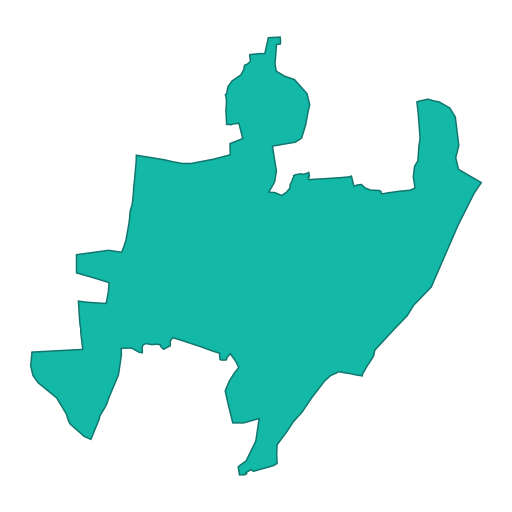 Gwadabawa, Sokoto, Nigeria (Robinson projection)
{"feature_id": "59680162B7305913438202", "entity_name": "Gwadabawa", "entity_type": "district", "adm_level": 2, "iso_a3": "NGA", "parent_name": "Nigeria", "parent_adm1": "Sokoto", "projection": "robinson", "projection_center": [5.311, 13.424], "detail": "fine", "context": "isolated", "style": "filled", "palette": "teal", "viewbox_px": 512, "rotation_deg": 0, "n_neighbors": 0, "source": "geoboundaries", "source_scale": "gbopen_adm2", "svg_char_len": 3258}
<svg xmlns="http://www.w3.org/2000/svg" viewBox="0 0 512 512"><path d="M277.1,463.5L276.7,453.4L277.1,444.7L286.9,431.6L293.3,421.8L302.3,411.8L311.7,397.8L315.6,392.7L324.7,380.9L328.3,377.7L329.9,376.1L330.9,375.4L336.7,372.9L338.2,371.7L350.5,373.7L355.4,374.8L362.3,375.9L362.6,373.9L367.8,364.9L369.4,362.7L373.5,356.2L374.8,350.2L393.9,329.5L407.2,315.7L413.7,305.2L431.0,287.3L431.2,287.1L458.2,224.9L474.2,193.1L481.3,182.6L458.6,169.4L455.7,157.8L458.8,145.6L455.3,117.0L449.9,108.1L439.2,101.9L433.5,100.8L428.1,99.2L419.1,101.1L416.9,102.0L418.2,113.1L420.1,138.5L418.8,146.7L418.5,152.3L417.8,161.0L414.6,166.2L413.3,176.8L415.0,188.0L410.1,190.2L398.9,191.3L388.3,192.8L382.0,193.9L381.5,193.6L381.3,192.5L380.9,191.3L379.1,190.5L370.5,190.1L364.9,187.8L361.5,184.5L357.5,184.9L354.0,186.3L351.4,176.1L349.6,176.8L346.9,177.1L344.2,177.3L340.1,177.7L323.1,178.8L308.5,179.6L308.5,178.2L308.6,177.3L309.1,177.1L309.0,176.8L309.0,176.3L308.7,176.2L309.0,175.8L309.3,175.8L309.3,175.7L309.4,175.3L308.7,172.4L308.1,172.6L307.4,173.1L307.1,173.3L306.1,173.6L305.4,173.7L303.7,174.3L302.9,174.3L301.5,173.9L300.8,173.8L299.3,174.1L296.1,174.6L293.9,175.4L294.1,175.7L293.8,175.9L293.6,177.3L292.6,178.8L292.3,180.5L291.5,181.8L291.4,182.5L290.9,183.5L290.2,184.2L290.1,184.5L290.1,186.6L289.7,188.1L289.2,189.0L287.7,190.6L286.9,191.9L281.8,195.5L274.6,192.5L271.1,192.4L268.9,192.0L274.6,181.9L276.4,171.1L272.4,146.1L295.3,142.2L301.6,138.1L305.6,125.0L308.2,111.1L309.7,104.7L307.0,93.7L294.5,79.6L284.6,76.2L276.3,71.2L275.0,64.1L276.5,44.5L280.3,44.0L280.5,42.4L280.5,40.0L280.2,37.1L268.3,37.7L267.5,41.6L264.8,53.6L259.5,53.6L249.8,54.6L249.8,57.2L250.5,60.4L249.7,62.2L246.7,64.5L244.6,65.2L244.0,67.9L244.1,68.8L240.9,74.9L232.0,81.0L228.0,86.6L226.6,93.5L225.4,94.8L226.0,96.9L226.4,100.1L226.3,105.6L225.9,109.3L226.6,124.5L228.0,124.3L231.0,124.8L232.8,124.0L234.8,123.6L236.3,123.8L238.8,123.1L242.8,138.5L230.0,143.6L230.2,154.8L213.5,159.2L191.0,163.5L182.3,163.5L172.1,161.6L164.5,159.8L136.3,155.2L136.2,161.5L134.3,182.2L133.7,187.2L133.5,192.2L132.3,204.0L130.2,211.0L129.5,219.2L129.3,221.0L128.7,224.9L125.9,240.4L123.7,247.1L121.6,252.3L108.6,250.3L76.5,254.7L76.5,272.9L98.5,279.3L102.0,280.4L109.1,282.6L108.3,292.3L106.1,303.5L86.5,302.2L78.4,301.1L79.5,318.3L80.0,324.7L80.8,329.1L80.7,332.0L82.8,349.4L32.0,352.1L30.7,365.9L33.0,375.6L38.3,382.9L56.7,397.9L65.5,412.6L66.3,413.9L68.6,421.2L70.2,424.1L84.3,436.5L90.9,439.4L94.5,430.5L96.6,425.5L99.1,419.5L99.9,415.8L105.0,407.4L105.5,406.4L105.8,405.8L106.6,404.1L107.3,402.3L109.1,397.2L118.5,374.7L121.4,354.9L121.2,348.4L128.9,348.0L132.3,348.4L138.8,352.1L142.3,352.8L142.4,350.6L142.0,348.1L143.1,344.7L146.1,343.6L152.0,344.6L156.7,344.2L160.0,344.7L161.7,347.7L163.7,349.2L170.3,345.8L170.2,341.0L172.8,337.7L175.6,338.6L180.1,339.9L201.3,346.9L211.6,350.7L219.5,353.2L220.0,359.5L221.6,360.1L226.2,360.0L227.2,357.2L230.3,353.7L236.1,361.9L238.7,367.6L234.6,372.7L229.4,380.9L225.2,390.9L228.6,406.1L232.8,422.9L243.7,422.9L259.2,418.5L255.8,441.1L246.0,461.0L240.4,465.0L238.2,466.9L239.5,474.9L244.6,474.8L245.8,474.2L246.7,473.5L245.9,472.5L251.1,469.7L253.5,471.3L270.4,466.5L273.3,465.7L277.1,463.5Z" fill="#14b8a6" stroke="#0f766e" stroke-width="1.5"/></svg>